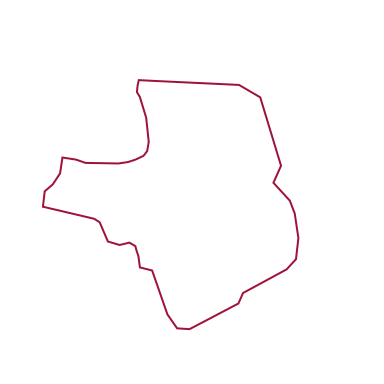 the border of Cerknica, rotated 218°
{"feature_id": "SVN-943", "entity_name": "Cerknica", "entity_type": "Municipality", "adm_level": 1, "iso_a3": "SVN", "parent_name": "Slovenia", "parent_adm1": "", "projection": "natural_earth1", "projection_center": [14.404, 45.799], "detail": "fine", "context": "isolated", "style": "outline", "palette": "rose", "viewbox_px": 384, "rotation_deg": 218, "n_neighbors": 0, "source": "natural_earth", "source_scale": "10m", "svg_char_len": 684}
<svg xmlns="http://www.w3.org/2000/svg" viewBox="0 0 384 384"><g transform="rotate(218 192 192)"><path d="M246.1,111.3L252.5,110.7L300.4,88.6L308.5,101.9L306.4,112.3L307.4,125.4L315.3,139.4L303.4,146.1L293.8,149.4L267.4,169.3L260.9,176.2L256.6,182.5L252.5,190.6L252.5,196.6L256.9,204.8L273.8,222.3L291.6,234.8L296.9,236.8L300.4,242.4L302.8,247.4L288.7,257.3L220.9,305.3L196.5,308.6L138.0,267.5L133.5,249.4L109.6,245.4L97.8,238.3L79.8,221.2L68.7,203.1L69.8,189.3L89.6,143.9L86.8,132.7L109.5,82.4L119.8,75.4L136.0,80.4L175.1,105.6L186.6,100.5L194.9,108.6L199.1,111.3L203.4,114.5L210.2,113.5L216.4,105.7L227.8,101.2L246.1,111.3Z" fill="none" stroke="#9f1239" stroke-width="2"/></g></svg>